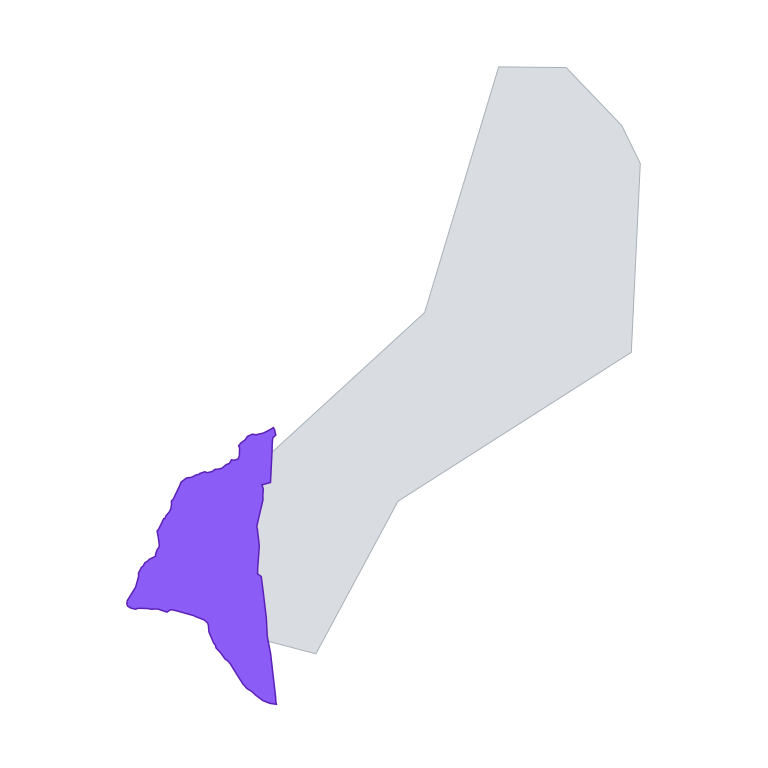 Yigo, Guam (highlighted), rotated 183°
{"feature_id": "77769853B33377803133936", "entity_name": "Yigo", "entity_type": "district", "adm_level": 2, "iso_a3": "GUM", "parent_name": "Guam", "parent_adm1": "", "projection": "albers", "projection_center": [144.906, 13.57], "detail": "fine", "context": "in_parent", "style": "filled", "palette": "violet", "viewbox_px": 768, "rotation_deg": 183, "n_neighbors": 0, "source": "geoboundaries", "source_scale": "gbopen_adm2", "svg_char_len": 1949}
<svg xmlns="http://www.w3.org/2000/svg" viewBox="0 0 768 768"><g transform="rotate(183 384 384)"><path d="M286.1,706.7L218.6,709.5L160.0,654.4L139.6,617.6L138.7,428.6L363.9,267.7L437.9,111.0L499.6,123.7L554.2,149.3L603.9,196.4L347.1,457.6L286.1,706.7Z" fill="#d9dde1" stroke="#a8b0b8" stroke-width="1"/><path d="M492.3,312.3L492.5,318.0L492.3,324.4L489.4,327.3L491.0,333.0L492.3,334.7L493.6,333.7L494.7,332.9L501.9,328.7L509.2,326.6L512.9,327.0L514.2,326.3L517.7,324.5L519.8,320.9L523.7,317.8L526.0,314.6L524.9,312.7L524.7,304.5L525.8,301.5L529.6,300.0L532.4,300.3L534.2,296.6L537.3,295.3L540.1,292.7L541.3,291.5L544.8,290.4L547.7,289.9L547.8,290.0L548.0,290.1L548.4,289.8L548.5,289.7L551.2,287.5L556.0,286.2L558.3,287.0L563.2,285.1L563.4,284.3L566.9,283.4L567.8,282.8L571.2,280.8L574.4,280.2L576.3,279.8L581.0,275.9L581.4,275.6L582.9,271.4L588.5,257.8L590.2,256.1L589.9,252.3L590.4,248.0L591.9,244.7L594.6,241.4L595.9,238.0L596.9,238.1L599.0,233.0L601.6,227.0L602.9,225.4L601.3,218.5L600.0,211.9L600.2,209.0L601.8,207.0L603.1,202.5L603.2,200.1L605.3,198.8L609.2,196.7L610.5,195.0L613.3,193.1L613.9,192.0L615.1,189.4L616.6,188.3L619.3,182.2L619.0,179.0L621.4,168.2L629.1,154.1L629.3,150.7L628.3,148.7L624.9,146.9L620.4,146.1L617.5,147.2L608.1,147.4L604.1,146.8L601.2,147.4L597.9,147.4L588.8,144.8L585.7,147.2L583.9,147.4L580.1,146.8L562.1,142.8L559.5,141.7L551.3,139.0L550.8,138.6L547.7,136.3L546.7,133.6L545.9,127.3L540.5,116.3L538.8,114.6L537.9,111.6L533.3,107.2L531.6,105.1L528.2,100.9L525.8,99.6L522.8,96.4L515.7,86.2L509.5,77.4L505.0,72.7L499.9,70.0L495.4,66.2L488.2,61.4L481.2,59.1L474.7,58.5L475.5,61.8L475.7,64.7L483.1,108.7L487.4,126.1L489.3,144.4L493.9,171.0L496.5,185.3L500.3,187.7L500.5,193.6L500.2,206.6L500.1,214.0L500.1,215.6L500.9,221.1L502.7,231.4L502.7,232.2L503.5,234.3L503.4,236.4L501.6,246.6L498.8,261.9L499.2,266.2L499.0,272.7L500.6,276.9L492.2,279.7L492.3,312.3Z" fill="#8b5cf6" stroke="#5b21b6" stroke-width="1.5"/></g></svg>